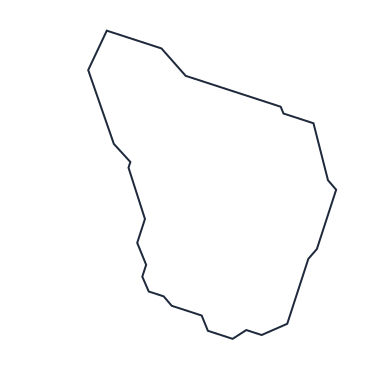 map outline of Navassa Island (Natural Earth projection), rotated 18°
{"feature_id": "UMI-5177", "entity_name": "Navassa Island", "entity_type": "state/province", "adm_level": 1, "iso_a3": "UMI", "parent_name": "United States Minor Outlying Islands", "parent_adm1": "", "projection": "natural_earth1", "projection_center": [-75.015, 18.406], "detail": "fine", "context": "isolated", "style": "outline", "palette": "slate", "viewbox_px": 384, "rotation_deg": 18, "n_neighbors": 0, "source": "natural_earth", "source_scale": "10m", "svg_char_len": 504}
<svg xmlns="http://www.w3.org/2000/svg" viewBox="0 0 384 384"><g transform="rotate(18 192 192)"><path d="M118.6,64.9L150.1,83.5L250.0,83.5L254.8,89.1L286.3,89.1L317.7,138.8L328.4,145.3L328.4,188.5L328.4,207.6L323.3,219.6L323.3,287.9L302.4,306.5L286.3,306.5L276.0,319.1L250.0,319.1L239.4,306.5L207.9,306.5L197.3,300.0L181.6,300.0L170.9,287.9L170.9,275.4L155.6,257.3L155.6,232.2L124.1,188.5L124.1,182.5L102.8,170.4L55.6,108.1L61.1,64.9L118.6,64.9Z" fill="none" stroke="#1e293b" stroke-width="2"/></g></svg>